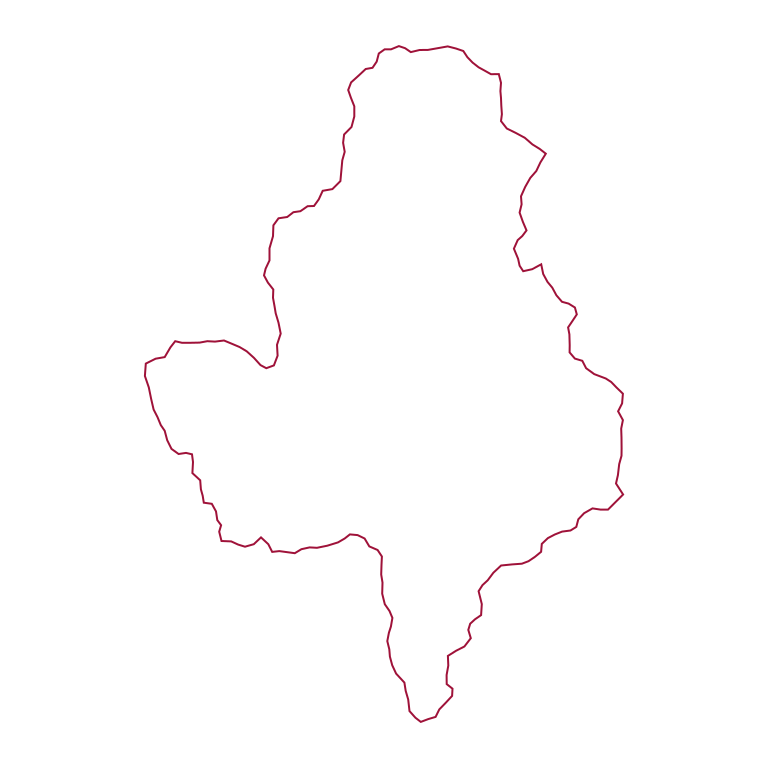 outline of Doutor Pedrinho, Santa Catarina, Brazil
{"feature_id": "56859067B40062272044728", "entity_name": "Doutor Pedrinho", "entity_type": "district", "adm_level": 2, "iso_a3": "BRA", "parent_name": "Brazil", "parent_adm1": "Santa Catarina", "projection": "orthographic", "projection_center": [-49.556, -26.711], "detail": "fine", "context": "isolated", "style": "outline", "palette": "rose", "viewbox_px": 768, "rotation_deg": 0, "n_neighbors": 0, "source": "geoboundaries", "source_scale": "gbopen_adm2", "svg_char_len": 3027}
<svg xmlns="http://www.w3.org/2000/svg" viewBox="0 0 768 768"><path d="M541.2,264.3L532.2,269.2L523.2,271.2L519.6,265.7L518.1,258.8L513.9,248.7L517.7,240.1L522.3,236.0L526.5,230.4L522.9,221.9L519.6,212.6L521.6,204.3L521.0,196.3L525.2,186.9L530.3,177.9L536.3,171.0L540.4,162.4L545.8,153.7L539.8,149.0L532.4,144.4L524.8,137.8L516.1,133.1L506.8,128.5L501.0,121.1L501.9,114.2L501.3,105.6L501.0,98.0L500.4,91.1L501.0,82.8L498.8,74.1L491.0,74.2L484.6,70.6L478.6,67.3L472.6,62.6L467.4,57.2L463.3,51.0L455.9,48.5L447.7,46.4L439.9,47.8L428.0,49.9L419.6,50.0L410.8,52.1L405.1,48.2L398.9,46.1L391.1,49.3L384.7,49.3L378.8,53.5L376.7,61.6L372.5,67.8L365.7,69.0L359.4,74.9L351.1,82.4L348.2,90.0L350.9,97.7L354.3,106.3L354.3,116.5L351.5,127.0L344.1,134.5L343.1,142.8L344.7,151.8L342.3,160.3L341.4,170.2L340.4,181.1L332.4,189.1L322.7,190.8L318.8,199.3L314.0,206.0L307.6,206.2L300.4,211.2L293.4,212.2L287.2,217.0L278.5,218.3L273.4,225.3L273.0,236.2L269.5,248.3L269.5,260.4L265.6,268.7L264.0,275.4L267.9,282.6L273.3,289.5L273.0,297.8L274.5,306.1L275.7,313.3L278.5,322.7L280.7,333.6L277.0,344.8L277.6,355.7L273.9,365.4L266.3,368.2L260.5,365.1L253.9,357.8L246.7,351.3L239.5,347.0L231.7,343.7L224.0,340.5L215.0,341.6L207.3,341.2L199.7,342.6L189.8,342.8L182.0,342.8L175.2,341.2L170.4,347.4L164.7,357.1L155.6,358.7L145.8,363.6L144.9,376.0L148.8,387.4L151.1,398.7L153.6,409.5L157.5,417.1L160.8,425.1L164.7,430.8L167.2,440.2L171.5,448.9L178.6,454.0L186.0,452.9L192.0,454.3L193.0,462.0L192.4,473.1L200.2,480.3L200.9,489.3L202.7,495.8L203.8,502.7L211.8,503.8L216.0,511.4L217.3,520.1L221.1,525.2L219.2,531.7L221.5,541.0L231.2,541.4L238.2,544.6L245.0,546.7L253.8,544.2L261.0,537.4L268.3,544.2L272.2,551.9L279.3,551.1L287.4,552.2L294.8,553.2L301.4,549.2L309.6,547.4L317.0,547.8L327.3,545.7L338.0,542.4L344.7,538.5L349.9,534.4L357.6,535.1L364.6,538.5L369.3,546.4L377.6,550.0L381.9,556.5L381.5,564.8L381.2,574.5L382.5,582.6L382.2,593.7L384.8,604.2L389.5,611.0L392.4,617.9L390.9,626.6L388.9,632.8L387.3,641.1L389.3,649.3L389.9,656.6L392.2,665.2L396.1,673.6L404.4,682.6L405.7,690.9L408.2,699.5L409.5,711.1L415.4,717.7L420.8,721.9L428.2,719.1L435.6,716.9L439.3,709.4L446.1,702.4L452.1,695.9L452.5,688.7L446.7,684.1L446.6,675.0L448.3,665.6L447.9,655.9L456.0,650.8L464.4,646.5L470.8,638.2L468.3,629.9L470.2,623.7L475.0,619.3L481.1,615.1L481.8,604.1L478.6,591.2L482.5,585.1L487.7,580.3L493.4,572.7L501.1,565.5L512.2,564.4L521.9,563.7L528.5,561.2L535.0,556.8L541.1,551.8L541.8,543.9L547.9,538.1L554.8,534.5L562.1,531.6L570.5,530.5L576.3,526.9L578.3,519.3L584.1,513.2L592.5,508.4L600.6,509.6L608.0,509.6L623.1,494.5L616.0,483.5L617.9,475.2L619.2,464.1L621.5,455.8L621.6,448.5L621.5,437.8L621.2,428.6L622.9,420.1L618.1,411.3L622.1,403.4L622.9,393.7L616.4,387.4L611.2,382.0L605.8,378.5L600.0,376.3L594.2,374.1L586.1,368.2L582.3,360.8L574.9,358.6L569.6,352.4L569.7,345.1L569.4,334.4L568.1,327.4L572.7,320.6L576.8,314.4L574.9,307.5L568.6,303.6L562.0,301.8L556.4,295.3L552.3,287.7L547.5,281.9L543.2,274.0L541.2,264.3Z" fill="none" stroke="#9f1239" stroke-width="2"/></svg>